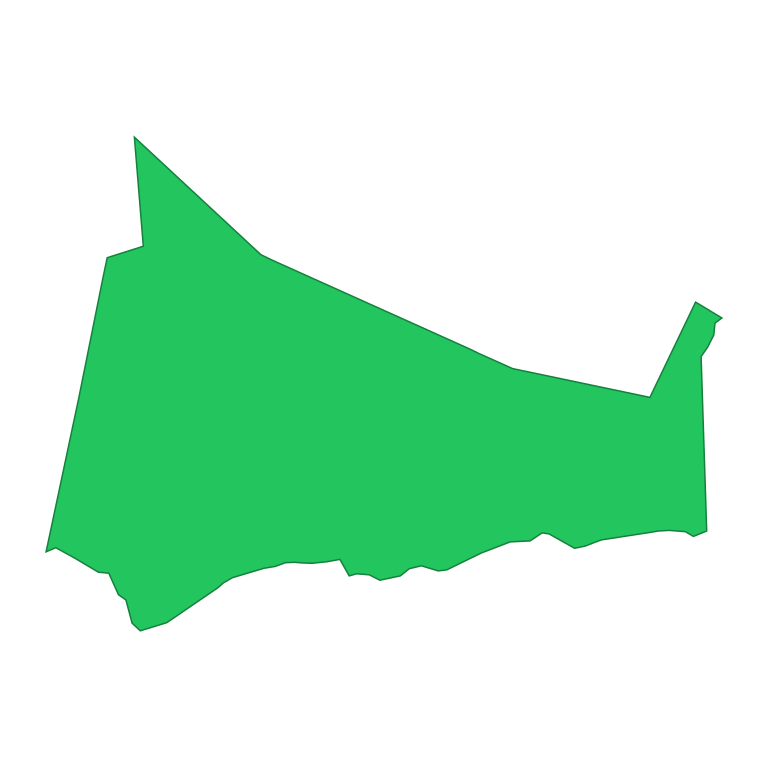 the district of Livramento, Paraíba, Brazil
{"feature_id": "56859067B46925638575127", "entity_name": "Livramento", "entity_type": "district", "adm_level": 2, "iso_a3": "BRA", "parent_name": "Brazil", "parent_adm1": "Paraíba", "projection": "equal_earth", "projection_center": [-36.91, -7.327], "detail": "fine", "context": "isolated", "style": "filled", "palette": "green", "viewbox_px": 768, "rotation_deg": 0, "n_neighbors": 0, "source": "geoboundaries", "source_scale": "gbopen_adm2", "svg_char_len": 906}
<svg xmlns="http://www.w3.org/2000/svg" viewBox="0 0 768 768"><path d="M46.1,551.8L55.8,547.7L75.9,558.8L98.4,572.2L108.8,573.2L118.5,594.8L125.9,599.9L132.1,623.2L140.3,630.8L166.9,622.6L217.8,587.8L223.4,582.9L232.4,577.7L263.9,568.3L275.3,566.4L285.4,562.7L294.5,562.3L301.6,562.9L312.0,563.3L327.3,561.7L339.9,559.4L349.2,575.9L356.5,573.8L369.2,574.8L379.9,580.2L400.3,575.9L409.3,568.7L421.4,565.8L438.2,570.9L446.7,569.9L481.3,553.0L510.2,541.9L530.1,540.9L542.1,532.9L549.0,533.9L574.6,548.3L585.5,546.0L592.5,543.2L601.4,539.9L650.8,532.3L658.4,531.0L669.3,530.4L685.5,531.7L693.4,536.4L706.7,531.0L701.1,356.6L707.5,347.4L713.8,335.0L715.0,323.1L721.9,318.0L695.6,302.1L649.9,397.4L512.6,368.6L478.9,353.5L471.6,349.9L441.9,336.5L276.7,262.2L269.1,258.7L260.8,254.6L134.4,137.2L143.3,246.2L107.2,257.7L103.1,277.1L78.7,398.4L46.1,551.8Z" fill="#22c55e" stroke="#15803d" stroke-width="1.5"/></svg>